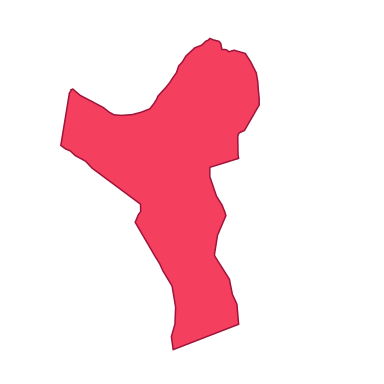 outline of Obudu, Cross River, Nigeria, rotated 338°
{"feature_id": "59680162B9948575660850", "entity_name": "Obudu", "entity_type": "district", "adm_level": 2, "iso_a3": "NGA", "parent_name": "Nigeria", "parent_adm1": "Cross River", "projection": "natural_earth1", "projection_center": [9.084, 6.544], "detail": "fine", "context": "isolated", "style": "filled", "palette": "rose", "viewbox_px": 384, "rotation_deg": 338, "n_neighbors": 0, "source": "geoboundaries", "source_scale": "gbopen_adm2", "svg_char_len": 1268}
<svg xmlns="http://www.w3.org/2000/svg" viewBox="0 0 384 384"><g transform="rotate(338 192 192)"><path d="M128.0,198.8L134.0,240.1L133.9,238.4L135.2,246.9L135.5,254.2L138.3,271.7L133.7,292.6L126.7,308.1L118.7,318.4L115.5,331.1L185.7,332.1L191.6,312.9L191.1,302.1L194.0,286.8L189.1,260.1L189.4,258.4L199.3,241.9L199.4,241.7L214.6,226.6L215.0,221.9L214.9,219.9L215.0,215.5L213.1,205.0L214.3,184.4L217.8,175.8L247.8,178.3L248.5,175.1L255.5,157.0L257.8,154.9L263.7,154.6L286.9,136.5L289.3,130.5L292.2,120.7L294.2,114.7L296.2,105.6L295.2,93.6L293.3,83.5L284.1,76.3L278.6,75.8L277.9,73.9L276.3,72.4L273.1,71.0L274.3,65.1L273.5,62.4L268.7,58.9L266.1,56.3L264.4,57.0L263.3,57.4L261.5,57.3L255.9,59.5L252.1,59.4L248.4,59.4L245.6,60.5L240.0,62.6L237.2,63.7L234.2,66.0L231.8,67.8L226.9,70.1L222.3,75.5L215.7,79.8L212.9,81.9L207.3,85.1L202.6,87.3L196.1,90.5L194.2,92.6L189.6,95.9L184.0,99.1L175.5,99.0L174.7,99.0L165.4,97.8L155.1,94.5L154.2,94.0L148.6,91.2L145.0,86.8L141.3,80.3L135.7,73.7L134.9,72.8L134.6,72.3L130.2,67.2L124.6,60.6L120.4,52.6L120.1,51.9L118.5,51.9L118.7,52.1L115.4,54.3L87.8,99.7L90.9,104.7L94.6,108.4L97.4,114.5L104.8,123.5L108.3,132.5L139.7,184.0L137.1,190.9L133.7,193.0L132.8,193.9L128.0,198.8Z" fill="#f43f5e" stroke="#9f1239" stroke-width="1.5"/></g></svg>